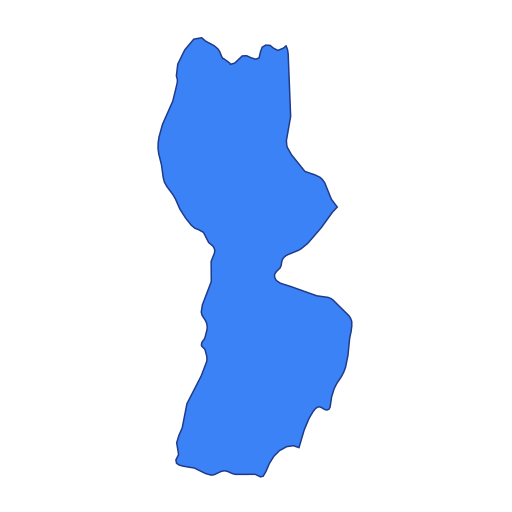 Mechi, orthographic projection, rotated 177°
{"feature_id": "NPL-1135", "entity_name": "Mechi", "entity_type": "Administrative Zone", "adm_level": 1, "iso_a3": "NPL", "parent_name": "Nepal", "parent_adm1": "", "projection": "orthographic", "projection_center": [87.832, 27.137], "detail": "fine", "context": "isolated", "style": "filled", "palette": "blue", "viewbox_px": 512, "rotation_deg": 177, "n_neighbors": 0, "source": "natural_earth", "source_scale": "10m", "svg_char_len": 2187}
<svg xmlns="http://www.w3.org/2000/svg" viewBox="0 0 512 512"><g transform="rotate(177 256 256)"><path d="M263.1,35.2L268.1,38.0L287.9,39.0L290.6,39.8L296.0,42.5L299.0,43.2L302.4,42.6L309.1,39.8L312.1,39.5L317.8,41.4L328.7,47.5L334.4,48.7L340.7,50.2L344.1,51.5L346.2,53.2L346.7,56.5L343.7,61.8L345.0,73.6L342.4,80.8L338.7,88.2L332.7,112.1L317.0,139.1L310.6,153.6L310.3,156.7L310.6,159.4L311.8,165.0L312.5,166.2L314.8,168.6L315.2,169.9L314.7,172.3L313.5,174.0L312.2,175.4L311.2,177.3L309.1,183.9L308.4,187.1L308.7,191.0L309.8,194.1L313.0,199.7L313.6,202.9L312.1,210.0L305.9,224.0L302.0,232.8L301.1,252.9L297.3,261.2L296.9,263.6L297.3,265.9L298.5,268.1L302.6,272.0L307.2,282.3L311.8,285.2L315.7,287.0L319.1,290.2L324.4,297.7L329.6,306.9L333.4,317.0L335.6,321.4L341.4,330.1L343.6,334.6L344.6,339.5L345.6,351.8L347.8,363.2L348.2,368.6L347.8,374.0L346.7,379.7L342.5,392.3L331.0,415.0L327.3,427.3L325.5,433.5L325.3,436.4L326.1,440.0L324.1,451.7L316.4,465.5L306.8,475.8L298.8,476.8L295.1,473.2L286.8,468.2L283.2,464.8L281.6,462.1L279.9,457.1L278.7,454.8L278.1,454.9L271.9,449.8L271.6,448.7L267.1,449.8L259.3,456.5L254.9,456.5L250.1,454.0L245.8,452.5L242.5,453.8L240.8,459.8L238.9,464.2L235.2,466.1L230.9,465.6L227.5,462.5L223.3,460.2L217.7,462.2L215.0,464.3L214.9,464.2L213.7,460.4L213.3,456.0L214.1,393.6L219.6,369.7L219.5,365.1L219.1,363.0L215.3,355.3L202.8,338.0L202.2,337.7L192.2,333.6L187.8,331.1L185.6,328.8L183.5,325.4L177.8,308.8L172.3,300.6L177.3,295.8L189.3,280.9L203.6,266.0L210.2,261.1L213.2,259.5L224.6,255.5L226.9,254.2L228.8,252.6L230.1,250.4L230.8,248.0L231.4,245.2L232.5,242.9L236.4,239.4L237.9,237.5L238.5,236.0L238.5,234.2L237.9,232.3L236.9,230.4L233.0,227.5L222.2,223.4L197.5,213.1L186.2,210.9L183.4,209.6L181.6,208.2L166.3,191.5L164.8,188.8L163.8,185.5L164.0,181.1L164.9,176.0L166.8,168.8L169.4,151.8L172.4,140.2L174.4,135.6L177.2,130.8L182.0,124.5L184.9,119.4L187.8,111.6L189.9,101.3L191.1,99.2L193.1,98.5L194.9,98.9L196.7,99.9L198.3,101.1L200.3,102.0L202.1,102.0L204.6,100.5L207.4,97.3L211.5,91.1L217.0,79.7L223.1,62.4L228.6,64.6L235.3,64.0L242.8,60.4L248.7,55.0L253.5,48.1L257.4,40.2L260.4,35.7L263.1,35.2Z" fill="#3b82f6" stroke="#1e3a8a" stroke-width="1.5"/></g></svg>